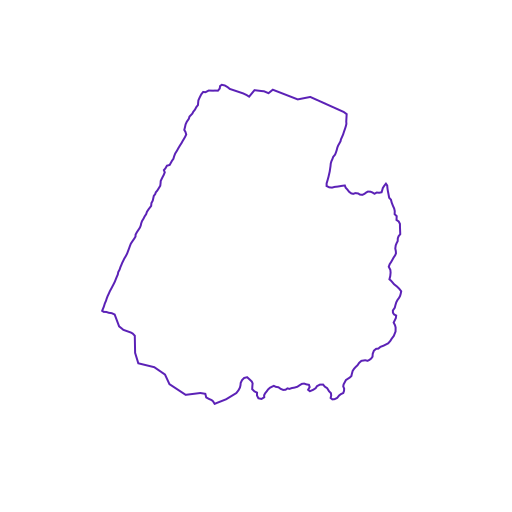 outline of Piatã, Bahia, Brazil, rotated 232°
{"feature_id": "56859067B29072797764638", "entity_name": "Piatã", "entity_type": "district", "adm_level": 2, "iso_a3": "BRA", "parent_name": "Brazil", "parent_adm1": "Bahia", "projection": "albers", "projection_center": [-41.891, -13.042], "detail": "fine", "context": "isolated", "style": "outline", "palette": "violet", "viewbox_px": 512, "rotation_deg": 232, "n_neighbors": 0, "source": "geoboundaries", "source_scale": "gbopen_adm2", "svg_char_len": 4378}
<svg xmlns="http://www.w3.org/2000/svg" viewBox="0 0 512 512"><g transform="rotate(232 256 256)"><path d="M401.1,340.0L403.8,338.2L406.5,337.6L409.6,336.4L412.0,334.4L412.0,332.3L410.3,330.5L409.7,327.8L411.3,325.9L412.9,323.7L415.5,320.6L416.2,317.0L417.8,315.4L417.1,312.4L415.6,309.2L414.1,306.4L412.1,304.5L410.7,303.2L410.1,300.7L408.9,298.0L408.3,295.4L407.4,293.5L407.1,291.5L406.8,289.4L405.5,287.6L404.4,284.1L403.1,281.6L401.2,279.3L399.5,277.1L397.2,276.8L394.7,275.8L393.5,273.4L392.5,270.9L391.7,268.8L390.9,267.0L390.0,264.4L388.9,261.5L387.7,258.7L386.5,255.4L385.0,252.9L383.4,250.7L382.8,248.5L381.9,246.4L380.9,244.0L382.0,241.4L380.8,238.5L380.4,236.3L378.1,235.6L376.7,233.2L375.9,231.4L374.9,229.3L373.8,227.1L372.2,225.7L370.3,223.8L369.1,220.6L368.3,218.4L367.9,216.3L366.8,214.6L366.3,212.5L364.9,210.8L363.2,208.7L362.1,206.2L360.0,204.2L359.1,200.6L358.0,197.3L356.6,195.2L355.8,192.7L354.7,190.4L353.7,187.7L352.3,185.5L351.1,184.1L349.9,182.1L349.0,179.5L348.1,176.8L347.0,174.3L345.5,173.0L344.7,170.9L343.8,168.0L342.8,165.0L341.5,162.8L340.1,160.6L338.9,158.6L337.3,156.0L336.1,153.4L335.0,150.5L333.9,148.3L333.0,146.4L331.9,144.5L330.7,142.3L329.3,140.2L328.1,137.5L326.5,135.7L325.5,133.8L324.3,131.7L322.7,129.0L321.4,126.3L320.5,124.3L319.5,122.1L318.3,119.3L316.8,116.5L315.7,114.3L314.3,112.0L313.1,110.3L311.7,107.7L309.7,104.8L308.5,102.7L307.5,101.0L305.7,101.6L304.2,103.5L301.8,105.1L299.8,107.1L296.9,108.6L284.8,104.8L281.9,105.5L279.5,106.0L275.7,108.4L272.7,110.3L270.8,111.1L267.8,111.4L254.1,101.1L243.9,97.2L231.0,107.4L218.6,111.3L208.3,108.9L189.9,115.1L182.3,127.8L178.6,131.2L175.2,129.7L172.4,130.9L169.8,132.3L168.0,132.7L165.0,132.4L161.5,144.2L160.1,156.1L161.0,159.6L162.2,162.3L163.7,164.2L165.4,165.8L166.8,168.6L167.2,171.6L165.9,174.4L162.4,175.0L159.7,175.4L157.7,174.9L155.8,173.1L153.4,171.0L150.3,171.4L147.7,172.7L145.5,170.9L142.4,170.3L140.0,172.3L139.6,175.5L141.3,176.7L142.2,178.7L142.8,181.3L143.4,183.3L143.6,185.9L143.2,187.9L142.7,190.1L140.8,191.0L138.7,192.9L136.2,193.6L133.7,195.0L132.4,197.0L132.3,199.3L130.7,200.5L129.9,202.9L128.6,205.3L127.5,208.1L127.3,210.8L127.0,213.4L125.8,215.4L123.8,216.7L121.9,218.4L119.7,217.6L118.5,214.7L116.3,215.2L115.4,218.5L115.1,221.6L115.9,223.9L115.3,227.2L113.4,229.7L110.7,229.8L108.0,230.7L104.5,230.3L101.8,230.6L99.8,229.4L98.2,227.4L96.0,227.9L94.8,229.8L94.2,232.6L94.9,235.5L94.9,237.8L94.3,240.4L95.5,242.3L97.2,243.8L99.6,244.5L100.9,246.0L102.9,250.5L102.5,255.2L102.7,257.3L103.9,258.7L106.0,261.5L106.8,264.0L107.2,266.4L107.4,268.7L108.3,271.5L108.5,274.5L106.6,277.9L104.7,279.4L104.3,281.4L104.3,283.6L104.9,285.8L107.1,287.8L108.8,290.6L108.9,293.5L107.7,295.4L107.8,298.1L106.8,301.3L105.8,306.4L106.4,309.6L107.3,312.0L108.2,315.4L110.6,319.5L113.7,322.0L115.8,322.9L118.8,323.5L121.0,328.0L122.8,329.8L125.0,328.8L127.0,329.0L128.8,330.3L129.8,333.5L131.5,335.7L133.2,338.1L134.3,340.6L134.9,342.8L135.8,344.9L137.1,346.7L138.8,348.7L142.1,348.7L145.1,348.3L148.8,347.4L151.5,347.3L153.4,347.2L155.5,346.8L157.5,349.4L160.0,351.8L162.3,353.3L165.8,354.0L167.3,356.4L168.0,358.6L168.9,360.8L170.1,363.6L170.9,366.1L171.9,367.9L173.8,369.2L176.2,370.4L178.4,372.7L179.6,374.8L180.5,376.8L182.6,378.6L183.8,380.5L184.4,383.1L186.6,384.7L189.8,387.0L192.7,389.2L195.4,389.7L197.9,388.9L200.8,391.4L203.6,391.0L206.0,393.0L208.3,394.1L211.2,394.8L214.5,395.8L217.3,397.0L219.9,396.8L223.6,398.7L226.2,400.0L228.3,401.2L230.8,402.8L233.0,402.9L232.4,400.4L231.5,397.8L230.3,396.2L228.9,394.2L230.0,392.0L231.7,390.2L232.1,387.7L234.5,386.8L236.3,385.7L237.9,383.8L238.2,381.8L238.2,379.8L238.7,377.5L240.4,375.7L242.4,375.0L244.4,373.0L245.1,370.9L246.7,369.6L249.3,368.9L252.3,368.9L254.6,368.7L256.9,369.4L258.5,366.7L259.6,364.6L260.6,362.8L262.0,360.6L263.1,358.0L265.0,356.0L267.7,354.7L269.8,356.4L271.7,359.1L273.7,361.8L275.4,363.9L277.2,366.1L279.2,368.2L280.9,370.0L282.8,371.8L284.2,373.7L285.3,375.8L286.6,377.9L287.2,380.7L288.3,382.6L289.7,384.7L291.4,386.9L292.5,388.8L293.4,391.0L294.4,393.3L295.6,394.7L296.8,397.0L298.1,399.4L299.8,401.9L301.8,405.0L303.2,407.0L304.5,408.6L306.4,409.9L308.8,412.0L312.0,414.8L315.5,413.8L347.9,396.7L350.0,392.6L353.7,385.3L376.7,371.6L376.6,366.1L380.9,363.7L382.3,362.2L387.6,356.9L385.8,348.7L388.6,347.7L392.0,346.0L401.1,340.0Z" fill="none" stroke="#5b21b6" stroke-width="2"/></g></svg>